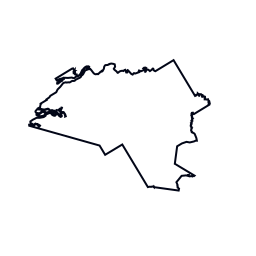 Middle Fly District, Western, Papua New Guinea (Mercator projection), rotated 149°
{"feature_id": "67681753B64880686677125", "entity_name": "Middle Fly District", "entity_type": "district", "adm_level": 2, "iso_a3": "PNG", "parent_name": "Papua New Guinea", "parent_adm1": "Western", "projection": "mercator", "projection_center": [142.595, -7.022], "detail": "fine", "context": "isolated", "style": "outline", "palette": "ink", "viewbox_px": 256, "rotation_deg": 149, "n_neighbors": 0, "source": "geoboundaries", "source_scale": "gbopen_adm2", "svg_char_len": 5972}
<svg xmlns="http://www.w3.org/2000/svg" viewBox="0 0 256 256"><g transform="rotate(149 128 128)"><path d="M161.4,116.8L141.4,116.8L141.4,67.1L139.8,66.6L138.4,65.6L137.8,65.5L136.9,65.1L136.6,64.5L136.0,64.7L136.0,63.5L135.8,63.6L116.8,48.3L115.5,49.7L115.8,50.3L115.7,51.2L116.1,51.5L116.0,51.8L115.5,52.6L115.4,53.2L114.9,53.5L114.4,56.6L106.7,59.4L102.7,57.5L101.9,56.7L101.1,57.0L100.0,56.5L100.8,55.6L100.1,54.8L97.8,53.9L98.0,53.6L97.7,53.3L97.1,53.7L96.7,53.5L96.2,52.8L95.5,52.9L106.3,73.2L95.3,87.0L89.7,87.0L85.0,86.0L82.5,83.8L78.4,82.5L76.5,82.3L75.5,81.7L74.6,84.1L73.9,88.4L74.1,89.4L75.4,91.3L75.0,91.5L75.3,93.2L74.6,93.9L74.5,94.3L73.2,95.1L73.5,95.5L73.1,96.0L73.3,96.2L73.1,96.5L73.2,97.5L72.5,98.3L72.3,98.0L71.7,98.5L71.8,98.7L71.1,99.1L71.0,99.4L71.2,99.9L70.8,100.0L70.6,100.3L70.2,100.3L69.9,101.0L69.6,101.0L69.7,101.3L68.8,101.6L68.7,101.9L69.0,102.1L68.2,102.5L68.4,102.6L68.2,103.1L67.7,103.1L67.9,103.6L67.6,103.8L67.7,104.2L67.3,104.4L67.3,105.6L66.9,105.5L66.6,106.0L66.6,107.0L66.1,107.7L65.5,108.1L64.5,107.7L64.7,106.3L64.5,106.0L46.1,106.1L45.1,107.1L45.2,107.4L46.0,107.5L45.3,108.1L45.7,108.9L45.4,109.2L44.6,109.0L44.5,109.3L44.9,110.4L44.6,111.4L46.3,112.1L47.0,112.9L47.5,113.1L47.2,113.7L46.4,114.0L46.3,114.6L45.9,115.2L46.9,116.4L47.7,116.1L48.4,116.7L47.9,117.7L47.4,117.7L47.2,117.9L48.0,118.9L48.1,119.5L49.6,119.7L50.2,118.9L50.4,118.9L50.4,119.4L49.7,120.6L50.2,121.1L50.4,121.8L51.2,120.7L52.5,121.4L52.8,121.3L53.0,120.8L54.0,120.9L54.0,162.7L75.3,162.6L75.9,163.4L76.2,164.3L75.8,165.8L76.0,166.1L76.3,166.2L77.7,165.7L79.9,165.5L80.5,167.4L81.1,167.9L82.0,168.2L82.8,168.3L83.6,167.3L84.1,167.2L84.3,167.3L83.8,168.8L83.4,169.1L81.8,169.4L81.4,169.8L81.8,170.7L82.7,171.2L83.2,171.4L84.2,171.2L84.0,170.7L82.8,170.4L83.2,169.3L83.6,169.3L87.7,170.0L88.9,171.6L89.6,171.1L89.4,170.6L89.6,170.1L93.5,170.9L94.0,171.1L94.5,171.9L94.9,172.0L96.5,171.4L97.3,172.5L98.3,177.5L98.5,177.8L98.8,177.7L99.2,176.6L100.0,176.0L100.9,176.5L100.4,179.3L101.2,179.5L102.6,179.2L103.4,180.0L104.6,180.5L106.0,180.8L108.2,180.5L108.5,180.7L108.7,182.5L109.6,184.8L109.7,186.0L107.5,187.2L106.6,189.4L107.5,190.5L109.2,191.9L111.0,192.5L111.5,192.5L111.5,192.3L113.0,192.5L114.9,193.5L115.4,193.5L116.7,192.9L118.2,191.2L120.4,189.9L121.1,189.8L123.0,190.3L123.9,189.9L124.7,189.9L125.8,189.5L126.2,189.7L126.6,190.3L127.3,190.4L128.2,190.8L128.9,191.7L129.3,193.1L129.7,196.9L130.2,197.9L131.3,198.7L135.1,199.4L138.8,197.2L139.9,196.9L140.9,196.9L142.1,196.1L143.5,195.9L148.3,196.4L148.6,196.1L149.4,196.0L150.2,196.2L151.5,197.1L154.5,197.1L155.5,197.8L157.4,198.7L157.8,199.2L159.8,199.8L160.6,199.8L164.8,198.2L168.5,197.3L171.1,195.6L178.0,195.6L179.6,194.8L183.2,194.5L183.2,193.9L190.3,193.9L190.3,193.5L190.6,193.5L192.7,191.1L194.5,191.2L194.3,190.4L193.3,189.8L191.5,187.9L190.2,186.9L186.7,185.8L186.2,185.1L185.5,182.8L183.9,182.5L183.3,181.6L182.4,180.9L182.5,180.3L183.1,180.3L183.2,179.9L183.0,179.5L182.1,179.0L182.0,177.7L181.8,177.5L180.9,177.5L181.0,179.2L180.0,180.3L179.8,181.1L179.9,180.3L180.8,179.0L180.7,177.0L180.1,175.8L180.0,173.3L179.5,172.7L179.2,172.8L179.1,173.8L178.5,174.8L177.9,175.1L177.0,175.1L177.1,175.4L176.6,175.6L177.9,176.8L178.4,179.3L177.7,179.4L177.2,179.1L176.6,179.6L176.2,179.6L175.9,179.2L176.3,178.5L175.9,178.3L175.6,178.8L174.9,178.8L174.5,179.5L174.2,179.5L174.1,179.3L174.2,178.7L174.2,179.3L174.4,179.5L174.8,178.8L175.5,178.7L176.0,178.2L176.3,178.6L176.1,179.2L176.2,179.5L176.6,179.5L177.1,179.0L178.0,179.3L178.3,179.1L177.7,177.0L176.5,175.8L176.5,175.6L176.9,175.4L176.9,175.2L175.7,175.3L175.0,174.8L174.8,172.1L175.3,170.1L175.8,170.2L175.6,170.4L175.7,170.8L175.2,172.3L175.3,174.7L177.9,174.7L178.5,173.8L178.4,172.8L178.6,172.3L179.2,172.1L180.0,172.2L180.7,173.5L181.1,176.2L182.5,176.6L184.1,176.1L185.0,176.5L186.1,178.0L186.5,180.4L187.1,181.0L187.8,181.3L191.0,181.8L191.9,181.4L192.5,180.9L194.7,180.8L198.4,182.2L201.0,183.8L205.3,184.1L208.3,183.9L208.7,183.3L208.8,182.1L208.0,181.0L207.3,179.3L205.1,179.5L204.3,178.5L203.4,178.0L203.3,177.4L203.7,176.5L203.5,175.3L202.9,175.3L202.3,175.7L202.2,175.3L203.3,175.0L203.6,175.2L203.9,175.9L203.6,177.7L204.5,178.1L205.3,179.1L206.8,178.6L207.4,178.8L209.0,180.9L209.5,181.3L211.0,181.8L211.5,180.8L161.4,127.6L161.4,116.8ZM164.6,205.6L161.4,205.2L158.8,204.4L157.4,204.3L153.6,201.8L150.2,200.2L149.2,199.0L148.3,198.5L146.7,198.7L145.0,199.3L144.4,200.3L145.4,201.1L145.3,201.6L145.8,201.5L145.9,202.0L145.6,201.8L145.5,202.1L145.8,202.5L145.6,202.6L146.1,202.9L145.9,203.1L145.7,202.9L145.5,203.3L145.6,203.5L145.3,203.8L145.3,203.6L144.9,203.2L144.8,203.3L145.2,203.6L144.9,203.7L145.2,204.2L144.3,204.3L144.6,204.5L144.0,205.2L144.3,205.1L144.2,205.6L144.6,205.9L144.3,207.3L145.1,207.7L164.6,207.6L164.6,205.6ZM186.9,182.3L185.3,180.7L184.6,177.6L183.5,177.4L182.3,177.6L182.2,178.9L183.0,179.3L183.4,180.0L183.3,180.3L182.6,180.8L183.5,181.5L184.0,182.3L185.5,182.4L185.8,182.6L186.2,183.4L186.6,185.2L188.3,185.9L189.6,186.2L192.0,187.4L192.4,187.3L191.1,185.5L190.3,183.4L186.9,182.3ZM199.3,185.3L197.0,183.2L194.6,182.2L193.2,182.0L192.3,182.5L190.6,182.8L192.5,185.7L193.7,185.8L196.7,185.5L199.3,186.9L199.7,186.5L199.3,185.3ZM196.7,186.4L195.8,186.2L193.0,186.7L192.8,186.9L192.8,187.9L193.2,188.6L196.3,190.9L198.7,190.0L199.0,189.4L198.9,188.3L196.7,186.4ZM146.2,198.7L144.0,198.1L141.4,198.4L137.8,199.7L135.5,201.2L134.1,201.6L131.6,201.4L129.4,199.8L130.1,201.2L131.9,202.2L133.7,202.2L135.4,201.8L136.6,201.3L137.5,201.2L140.4,199.2L142.0,198.5L144.2,198.4L146.2,198.7ZM165.8,202.4L165.0,202.1L162.1,202.5L159.9,202.4L159.6,202.6L159.7,203.0L160.2,203.3L162.0,203.8L165.0,203.4L165.7,203.0L165.8,202.4ZM132.7,199.7L130.8,199.4L131.1,199.8L131.9,200.0L132.7,199.7ZM121.2,190.6L121.8,190.3L120.9,190.0L120.4,190.5L121.2,190.6ZM157.2,203.2L157.6,203.1L156.8,202.8L157.2,203.2ZM191.0,184.8L191.0,184.4L190.8,184.0L190.8,184.3L191.0,184.8Z" fill="none" stroke="#020617" stroke-width="2"/></g></svg>